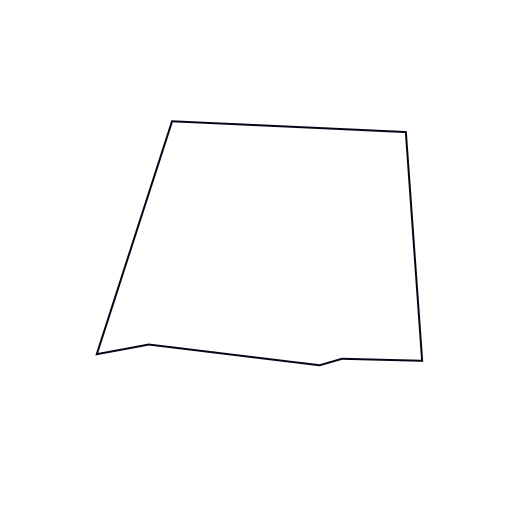 the Highly Urbanized City of Bacolod, rotated 250°
{"feature_id": "PHL-5525", "entity_name": "Bacolod", "entity_type": "Highly Urbanized City", "adm_level": 1, "iso_a3": "PHL", "parent_name": "Philippines", "parent_adm1": "", "projection": "natural_earth1", "projection_center": [122.969, 10.668], "detail": "fine", "context": "isolated", "style": "outline", "palette": "ink", "viewbox_px": 512, "rotation_deg": 250, "n_neighbors": 0, "source": "natural_earth", "source_scale": "10m", "svg_char_len": 261}
<svg xmlns="http://www.w3.org/2000/svg" viewBox="0 0 512 512"><g transform="rotate(250 256 256)"><path d="M100.7,376.3L130.0,301.7L131.6,278.3L209.5,124.9L218.2,72.8L411.3,223.2L321.2,439.2L100.7,376.3Z" fill="none" stroke="#020617" stroke-width="2"/></g></svg>